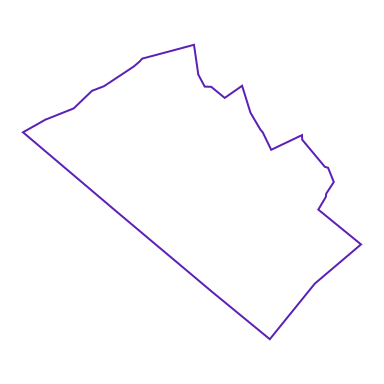 Lehigh, Pennsylvania, United States of America (orthographic projection)
{"feature_id": "52423323B14765757601451", "entity_name": "Lehigh", "entity_type": "district", "adm_level": 2, "iso_a3": "USA", "parent_name": "United States of America", "parent_adm1": "Pennsylvania", "projection": "orthographic", "projection_center": [-75.565, 40.603], "detail": "fine", "context": "isolated", "style": "outline", "palette": "violet", "viewbox_px": 384, "rotation_deg": 0, "n_neighbors": 0, "source": "geoboundaries", "source_scale": "gbopen_adm2", "svg_char_len": 555}
<svg xmlns="http://www.w3.org/2000/svg" viewBox="0 0 384 384"><path d="M104.0,86.2L92.0,90.8L73.7,108.4L45.3,119.7L23.0,132.3L114.9,210.2L153.9,243.0L174.2,260.0L211.9,291.7L242.0,316.4L269.8,339.2L314.8,283.6L361.0,244.4L318.3,209.6L325.8,197.0L326.2,193.7L333.8,182.0L328.1,167.8L324.8,166.8L302.2,139.7L302.0,135.1L293.0,139.4L280.4,145.4L271.2,149.8L262.7,132.3L260.4,129.6L250.5,112.8L242.1,85.8L224.7,97.9L211.2,86.8L204.7,86.6L198.3,74.6L194.0,44.8L142.2,58.6L139.4,61.7L133.9,66.4L104.0,86.2Z" fill="none" stroke="#5b21b6" stroke-width="2"/></svg>